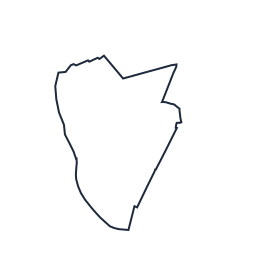 Banjul South, Gambia, rotated 146°
{"feature_id": "56634734B29168541437208", "entity_name": "Banjul South", "entity_type": "district", "adm_level": 2, "iso_a3": "GMB", "parent_name": "Gambia", "parent_adm1": "", "projection": "orthographic", "projection_center": [-16.577, 13.449], "detail": "fine", "context": "isolated", "style": "outline", "palette": "slate", "viewbox_px": 256, "rotation_deg": 146, "n_neighbors": 0, "source": "geoboundaries", "source_scale": "gbopen_adm2", "svg_char_len": 1237}
<svg xmlns="http://www.w3.org/2000/svg" viewBox="0 0 256 256"><g transform="rotate(146 128 128)"><path d="M74.5,115.2L74.6,115.5L75.5,118.1L76.6,121.8L79.1,124.3L82.1,128.1L84.3,129.9L85.3,130.5L85.1,130.6L60.2,147.8L53.7,151.8L52.3,153.6L53.8,154.3L56.7,155.7L104.4,171.8L104.4,172.0L107.5,201.4L113.1,201.2L113.9,203.2L123.0,204.6L123.3,206.4L136.0,208.9L137.4,211.4L140.4,212.0L148.4,209.4L154.7,212.8L163.8,204.4L165.0,203.2L171.3,192.0L176.5,179.5L179.3,166.5L183.9,157.9L185.0,148.5L186.3,138.8L188.3,131.5L187.8,131.4L189.9,127.8L192.4,124.8L197.3,118.5L199.6,114.5L202.1,107.1L203.4,100.4L203.7,92.5L202.8,81.6L202.1,76.0L201.1,69.3L198.0,56.7L195.3,52.7L192.2,49.3L187.6,45.6L184.7,43.2L184.0,43.8L179.3,48.0L177.6,49.5L167.0,59.0L166.4,59.5L166.3,59.3L166.1,59.1L165.0,57.5L164.8,57.1L144.7,68.9L136.6,73.5L134.0,75.0L131.5,76.4L129.4,77.7L128.9,78.1L128.6,78.4L128.3,78.2L127.9,78.0L126.4,79.0L115.9,84.7L115.1,85.2L114.4,85.6L110.5,87.7L105.9,90.3L99.5,93.9L96.9,95.4L87.5,100.7L88.3,101.5L87.6,102.3L87.0,102.9L86.6,103.4L86.2,103.8L85.6,104.3L84.8,105.0L84.2,104.7L83.3,104.1L82.6,103.8L82.1,103.5L82.1,103.3L80.6,102.9L80.0,104.4L79.1,106.7L75.4,113.9L74.5,115.2Z" fill="none" stroke="#1e293b" stroke-width="2"/></g></svg>